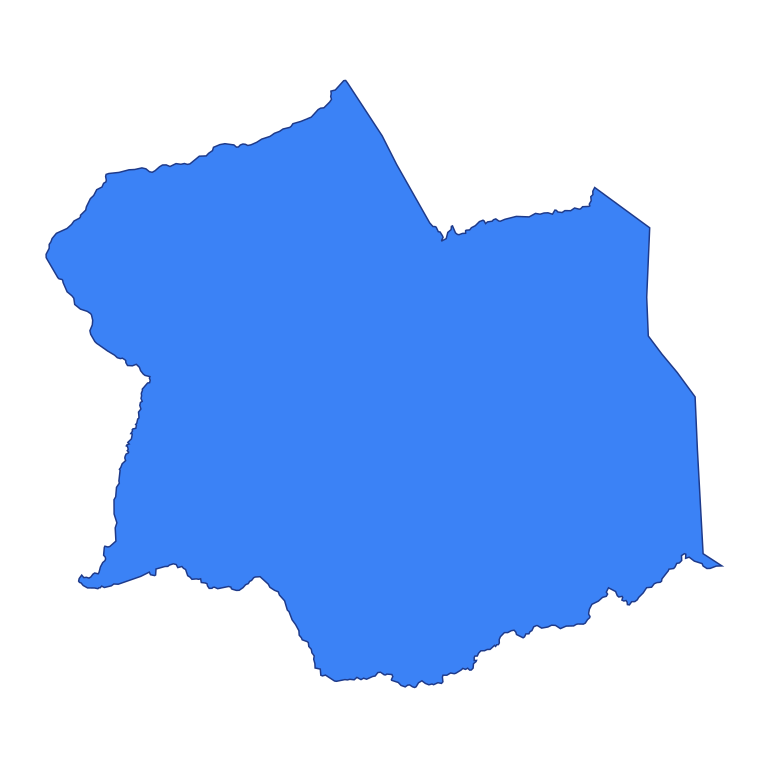 the district of Samburu East, Rift Valley, Kenya
{"feature_id": "3690345B82723098757823", "entity_name": "Samburu East", "entity_type": "district", "adm_level": 2, "iso_a3": "KEN", "parent_name": "Kenya", "parent_adm1": "Rift Valley", "projection": "orthographic", "projection_center": [37.446, 1.109], "detail": "fine", "context": "isolated", "style": "filled", "palette": "blue", "viewbox_px": 768, "rotation_deg": 0, "n_neighbors": 0, "source": "geoboundaries", "source_scale": "gbopen_adm2", "svg_char_len": 6056}
<svg xmlns="http://www.w3.org/2000/svg" viewBox="0 0 768 768"><path d="M721.9,565.9L703.1,553.7L697.4,449.6L695.1,396.9L677.3,372.6L661.9,354.1L648.3,336.0L646.7,297.2L649.7,227.8L594.7,187.5L592.8,191.2L592.9,194.6L590.8,196.7L591.2,200.7L589.3,204.1L589.8,205.9L588.9,206.4L582.6,206.7L580.6,208.8L579.3,209.2L574.6,208.0L570.7,210.7L564.9,210.6L562.1,212.5L557.9,212.0L556.3,210.3L554.9,210.1L552.5,214.2L548.0,212.8L544.0,213.0L540.1,214.2L535.5,213.4L529.1,216.9L516.3,216.4L504.9,219.3L500.1,221.3L498.6,220.9L495.8,218.9L493.5,219.7L492.1,221.2L487.5,221.9L485.6,223.6L484.0,220.8L483.0,220.2L479.4,221.6L475.3,225.7L471.4,227.7L469.7,229.9L466.2,230.2L465.6,230.6L465.6,233.3L462.5,233.4L459.0,234.7L457.4,234.4L455.5,232.9L452.5,225.9L451.4,226.4L451.1,229.6L447.8,232.4L446.2,238.6L441.9,240.9L441.6,240.3L443.1,237.3L442.4,235.7L440.1,232.0L438.3,231.7L436.2,227.2L435.1,226.6L432.9,226.5L429.7,222.9L396.6,164.4L382.2,135.9L347.5,82.9L345.7,80.5L344.8,80.5L343.7,80.7L335.3,90.0L330.9,91.1L331.2,93.8L330.7,96.6L331.5,99.3L329.7,102.0L323.9,107.8L320.5,108.2L318.1,109.6L311.3,117.1L300.9,121.4L292.9,123.7L291.1,126.4L289.7,127.4L283.0,129.0L279.5,131.4L274.4,133.3L270.0,136.4L261.7,139.1L256.7,142.3L251.0,144.8L247.8,145.5L245.4,144.3L242.9,144.0L240.3,145.0L238.4,147.0L236.4,147.1L233.9,144.9L224.9,143.7L219.9,144.6L213.5,147.3L212.5,150.6L208.6,153.3L206.2,155.9L199.3,156.2L189.9,163.9L187.4,164.4L184.4,163.5L180.9,164.3L176.0,163.6L170.0,166.5L166.2,164.9L162.5,165.0L159.5,166.8L155.1,170.7L152.2,172.3L149.4,171.7L145.9,168.8L141.9,167.9L134.7,169.5L129.0,169.8L119.1,172.4L108.8,173.5L106.1,174.4L105.6,176.5L106.3,180.1L105.9,181.9L103.6,183.3L102.0,187.0L96.7,189.7L93.7,195.5L90.4,198.6L86.4,206.8L85.7,210.1L80.5,215.2L80.5,216.7L79.5,218.1L74.0,221.0L71.6,224.4L67.0,228.5L56.4,233.3L52.1,238.5L50.9,241.8L49.2,244.4L49.2,248.3L46.1,254.3L46.2,257.7L57.8,277.6L59.0,278.8L62.0,279.5L62.7,280.3L63.1,282.6L67.1,291.8L71.9,295.8L73.8,298.2L74.7,304.5L80.4,309.1L87.1,311.3L90.6,313.6L91.5,315.0L92.7,320.3L92.3,324.9L89.9,330.7L90.7,334.3L94.8,341.5L96.6,343.3L107.6,351.0L114.5,355.1L117.3,357.7L120.4,358.6L122.4,358.2L124.7,359.6L125.7,360.5L125.9,362.7L127.5,365.5L132.4,365.8L136.3,364.3L139.4,367.3L140.6,370.7L143.2,374.0L145.0,375.4L149.9,376.6L149.4,378.2L150.2,380.2L149.6,382.7L147.6,383.0L142.3,389.1L142.4,390.6L141.3,393.3L141.6,395.8L141.0,398.4L142.2,401.3L140.4,402.5L139.8,405.4L140.9,409.0L138.5,412.1L139.0,417.3L138.6,418.5L137.7,419.0L136.7,423.5L135.6,424.4L136.4,425.5L135.8,428.3L132.9,428.9L132.2,429.8L132.5,431.1L130.8,433.6L132.0,433.8L132.2,434.6L131.4,438.9L127.8,442.4L129.2,444.0L127.0,444.8L126.3,445.9L127.3,446.3L127.9,447.9L128.2,449.4L127.2,450.7L128.6,452.1L128.2,453.0L126.1,454.1L125.1,456.4L124.8,458.0L125.6,460.6L122.2,463.7L120.7,467.6L119.4,469.3L120.1,470.3L118.9,480.9L119.3,483.2L116.5,487.3L115.7,496.8L114.0,499.7L114.1,514.0L116.9,522.8L115.2,527.9L115.9,541.1L109.8,546.5L107.9,547.0L104.9,546.2L104.3,547.4L103.6,555.2L105.3,557.2L105.6,559.0L105.0,560.6L102.7,562.6L100.4,567.0L99.0,572.5L98.1,573.8L94.7,573.0L93.0,574.1L90.9,576.9L89.0,578.1L86.4,577.3L83.8,577.6L81.7,575.1L79.2,578.5L78.6,581.1L79.5,582.4L81.0,582.9L83.2,585.5L87.5,587.9L94.6,588.0L97.9,588.7L99.0,587.7L100.1,587.8L101.7,586.1L104.3,587.5L111.4,585.8L113.8,584.0L118.3,584.2L140.7,576.4L149.3,572.1L150.5,574.7L154.6,575.6L155.6,575.0L156.0,569.0L164.9,566.5L167.8,566.4L169.4,565.1L173.3,563.8L176.2,564.5L177.8,567.6L181.9,566.5L183.5,568.3L185.6,569.5L187.7,575.7L190.1,577.2L191.9,579.3L196.3,578.9L198.7,579.3L200.6,578.8L201.3,582.5L205.3,583.0L207.0,583.7L207.5,585.9L209.2,588.4L212.0,588.3L212.9,587.4L214.5,587.2L217.7,588.7L228.5,586.5L230.9,587.1L231.4,588.7L232.2,589.2L236.4,590.4L239.2,590.3L243.1,587.6L245.6,584.7L248.3,583.6L249.6,581.4L251.6,580.4L253.7,577.7L255.3,577.0L260.1,576.7L268.3,584.2L269.9,587.3L274.5,590.3L278.3,591.8L279.4,595.0L284.6,600.8L287.3,610.0L289.0,611.6L292.1,619.8L295.6,624.6L298.9,630.7L299.2,635.2L301.4,637.8L302.2,639.8L307.1,641.6L308.3,642.5L308.8,646.5L311.3,649.3L311.9,652.8L314.2,655.9L313.7,659.2L314.9,663.6L315.1,668.0L320.3,669.1L320.8,675.2L322.4,675.9L325.5,675.1L334.5,681.0L336.5,681.3L344.9,679.6L347.5,679.9L349.8,679.3L354.2,679.8L356.9,677.4L361.0,679.6L363.6,678.2L366.6,679.2L372.6,676.5L375.2,676.0L377.8,672.6L380.5,672.2L384.2,674.8L385.7,674.9L386.8,674.1L391.9,674.5L392.8,676.6L391.4,679.6L391.6,680.3L398.3,682.5L401.0,685.4L405.2,686.9L407.6,685.2L409.6,684.9L412.5,686.8L414.7,687.5L416.1,686.8L418.5,682.8L421.9,680.8L425.3,683.4L428.9,684.8L432.0,684.0L433.6,684.7L437.9,682.7L441.5,683.4L442.9,681.8L442.4,677.1L443.0,675.2L446.9,675.2L450.6,673.0L454.2,673.7L455.7,673.3L461.3,669.9L462.8,668.4L465.5,669.4L467.7,668.2L469.7,670.1L471.3,670.0L473.1,668.1L473.5,663.7L476.0,661.6L476.5,660.4L474.2,660.5L474.2,657.4L474.9,656.1L477.3,656.0L478.5,653.3L480.8,650.8L484.6,650.7L487.1,649.5L490.1,649.4L494.5,645.4L495.6,646.4L496.6,644.8L498.4,644.6L499.3,643.0L499.2,639.6L500.4,636.7L504.4,632.6L507.7,632.6L511.3,630.7L514.1,630.2L515.8,632.1L516.5,634.5L523.1,637.8L524.5,636.9L525.9,633.9L528.9,633.8L530.0,631.7L531.9,630.6L533.7,626.8L536.4,625.6L537.4,625.6L541.6,628.1L547.9,627.0L551.6,625.2L555.5,625.4L560.4,628.6L566.2,626.1L573.7,625.9L576.2,624.4L577.8,624.0L583.4,624.1L585.3,623.1L587.5,619.7L589.7,617.7L590.0,616.4L588.7,614.3L588.7,613.0L589.4,609.2L591.9,604.3L598.4,601.1L602.5,597.4L606.3,596.3L607.6,594.1L606.3,592.1L608.5,587.8L615.6,591.5L617.3,595.7L618.8,597.0L622.1,596.4L622.7,597.4L621.9,600.1L623.9,601.0L626.0,600.5L627.1,602.1L627.4,604.6L629.4,604.9L631.7,601.7L634.8,601.6L637.3,599.8L638.6,597.5L643.2,592.9L646.6,587.7L651.6,587.2L654.3,583.7L656.9,582.6L660.1,582.3L661.5,581.3L662.0,578.8L668.3,570.8L668.9,569.2L673.7,568.5L675.1,566.9L676.7,563.4L679.4,562.9L681.7,560.5L681.5,555.6L684.3,553.7L685.8,554.2L685.6,558.3L689.2,557.2L694.3,561.1L702.1,563.6L703.1,566.0L706.9,568.5L710.2,568.4L716.2,566.1L721.9,565.9Z" fill="#3b82f6" stroke="#1e3a8a" stroke-width="1.5"/></svg>